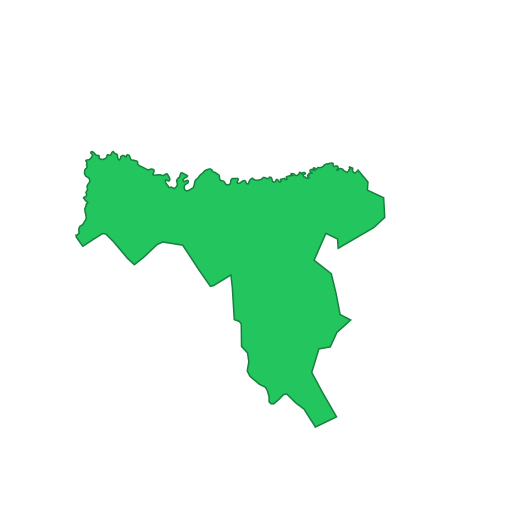 the district of Ani, Shirak, Armenia, rotated 56°
{"feature_id": "60910142B64012193022173", "entity_name": "Ani", "entity_type": "district", "adm_level": 2, "iso_a3": "ARM", "parent_name": "Armenia", "parent_adm1": "Shirak", "projection": "equal_earth", "projection_center": [43.671, 40.552], "detail": "fine", "context": "isolated", "style": "filled", "palette": "green", "viewbox_px": 512, "rotation_deg": 56, "n_neighbors": 0, "source": "geoboundaries", "source_scale": "gbopen_adm2", "svg_char_len": 6015}
<svg xmlns="http://www.w3.org/2000/svg" viewBox="0 0 512 512"><g transform="rotate(56 256 256)"><path d="M241.8,123.4L242.3,124.8L242.5,126.0L242.5,127.3L241.8,128.2L240.0,128.4L238.8,128.2L238.2,127.3L237.6,126.9L237.3,126.7L234.5,128.6L234.9,129.2L235.9,129.2L236.2,129.2L236.4,129.9L236.4,130.8L237.2,131.4L237.3,131.8L237.4,132.6L237.7,133.6L236.2,134.6L234.5,135.4L232.5,135.6L231.4,136.4L230.4,137.3L230.4,139.4L230.4,139.7L230.6,140.7L230.1,140.8L229.6,139.9L229.3,139.5L228.7,138.5L227.7,138.2L226.7,138.3L226.4,139.0L225.8,139.8L225.7,140.4L225.6,140.7L225.4,141.3L224.4,141.6L223.5,141.2L222.8,140.4L221.8,140.6L221.4,141.1L221.0,142.0L220.2,143.3L220.2,144.0L219.8,145.0L219.0,146.1L218.9,147.7L218.7,148.6L219.3,149.9L219.3,150.8L219.4,151.5L219.0,152.3L218.5,153.7L217.2,155.3L217.4,156.0L217.8,156.8L217.7,157.6L217.1,157.8L216.0,158.0L215.3,158.6L215.3,159.5L216.0,159.6L217.8,159.6L217.2,160.3L215.5,161.2L215.0,162.3L215.4,163.6L216.2,163.9L217.3,163.7L218.4,163.3L218.2,163.8L217.9,164.7L217.2,165.8L217.7,166.9L218.5,167.0L217.9,167.9L218.4,168.6L219.6,168.7L220.7,168.2L220.6,169.7L219.6,170.7L218.2,171.0L217.0,171.9L215.6,171.9L215.3,171.5L215.2,171.4L215.4,169.2L215.1,168.7L213.8,169.2L213.1,170.4L213.1,171.2L213.6,172.1L213.1,172.4L212.0,172.3L211.2,172.7L211.3,173.7L212.2,174.8L212.2,175.5L212.1,176.2L212.1,176.4L212.0,177.5L211.4,178.1L209.0,178.8L208.1,179.8L207.4,180.6L207.8,181.4L208.8,181.1L209.6,180.9L209.1,182.0L208.4,183.1L207.8,184.7L207.4,186.6L208.3,187.0L209.4,187.2L209.7,188.2L209.3,188.9L207.6,188.9L207.3,189.7L206.8,191.5L206.2,192.5L206.4,193.0L208.0,193.3L208.1,194.4L207.7,195.4L207.1,195.3L205.9,195.1L204.3,195.8L204.0,196.1L204.0,196.6L205.0,197.7L205.2,198.4L205.1,199.5L203.9,200.4L202.9,200.4L202.0,200.1L200.5,199.6L200.4,199.6L199.4,199.5L198.2,200.6L198.6,202.0L198.3,203.4L196.9,204.2L196.4,204.5L195.9,204.8L194.9,206.2L195.2,207.3L195.4,208.9L195.0,210.3L194.3,211.9L192.9,214.0L191.6,214.8L189.4,215.5L189.4,217.8L190.0,219.3L190.7,220.5L191.4,221.2L191.9,222.3L190.8,223.3L189.6,223.2L189.2,223.1L188.4,222.9L187.3,223.0L186.6,224.2L186.4,225.0L186.4,226.6L186.5,228.5L185.7,230.4L184.6,230.7L183.7,229.3L182.3,227.7L181.3,228.0L181.1,228.1L180.7,229.1L179.6,230.6L178.7,232.1L178.5,233.2L179.3,234.6L180.7,235.8L181.8,237.2L181.5,239.2L180.3,240.8L178.4,240.9L176.5,240.8L175.3,241.4L174.2,242.7L172.4,243.2L172.2,243.1L171.1,242.8L169.4,241.7L168.0,241.5L166.7,242.1L165.5,242.5L163.9,243.1L162.4,244.3L161.1,244.8L160.5,244.5L159.7,244.5L158.4,245.1L157.5,246.6L157.0,248.6L156.7,250.2L156.7,251.2L157.4,253.5L157.5,255.5L157.9,258.0L158.9,260.5L159.1,263.0L159.8,264.7L161.3,266.3L163.0,268.0L163.8,269.1L164.3,269.8L164.1,272.8L163.9,275.4L163.2,277.3L161.9,277.8L161.2,278.0L159.3,277.5L157.8,276.1L157.2,274.5L157.4,271.9L157.0,270.9L155.4,270.1L154.7,270.8L154.4,272.1L154.1,273.9L154.1,274.1L152.9,274.4L151.9,273.9L151.7,272.9L151.6,270.7L151.8,268.9L151.6,268.6L151.4,268.0L150.7,268.2L150.4,268.2L148.1,269.5L145.8,270.7L145.2,271.7L145.8,272.7L146.7,273.9L146.9,274.1L147.9,275.6L147.8,276.6L148.4,278.5L149.2,279.8L150.9,280.3L152.5,281.0L153.4,282.0L154.1,283.6L154.4,286.1L153.3,286.8L151.7,287.4L150.9,289.2L150.3,289.9L149.2,289.8L148.7,289.7L147.1,289.9L145.1,289.9L144.0,289.6L143.6,289.5L142.5,288.6L142.6,287.9L143.7,287.5L145.0,286.5L145.2,286.3L144.7,284.8L143.3,284.1L141.7,283.9L140.7,283.8L139.2,283.7L138.0,283.8L137.5,285.3L137.6,287.3L136.8,288.8L135.4,289.7L134.2,291.3L133.1,293.4L132.5,294.5L131.7,295.6L130.7,296.0L130.2,295.3L129.8,294.3L128.5,292.9L127.2,292.5L126.3,293.1L125.2,294.2L124.9,295.5L124.7,296.2L124.6,296.8L123.2,298.1L122.6,298.4L121.9,298.8L119.3,300.1L116.8,301.8L116.7,301.8L114.0,302.9L113.3,302.5L112.9,302.2L111.5,301.5L110.6,301.8L108.5,303.5L107.4,304.9L106.2,305.8L104.2,305.5L102.2,304.8L101.0,305.2L100.2,306.0L100.1,307.0L101.1,308.1L100.6,309.1L99.2,309.2L98.3,309.9L97.9,311.2L98.0,312.6L98.6,313.1L99.1,313.6L99.8,315.0L99.9,315.9L99.1,316.1L97.9,316.0L96.6,315.4L95.4,314.8L94.8,314.5L94.1,314.3L92.6,315.3L91.3,315.8L89.6,315.9L89.4,316.8L89.8,318.1L90.8,319.4L91.1,320.4L90.2,321.4L89.2,322.1L89.2,323.2L89.7,323.6L90.2,324.1L90.9,325.1L90.9,326.6L90.1,329.6L88.2,331.0L86.8,331.4L85.8,330.3L85.3,330.1L84.4,330.4L83.8,331.4L83.1,332.1L82.3,332.3L81.7,332.4L80.4,332.5L78.4,333.0L77.6,333.7L77.6,335.0L78.4,335.4L79.7,335.0L81.2,335.3L81.3,335.4L81.7,336.2L82.5,338.1L82.9,339.5L82.6,340.7L82.5,341.2L81.7,342.9L81.7,343.7L82.1,343.9L82.3,343.9L83.7,343.9L84.7,344.3L85.6,345.6L87.1,345.9L88.2,346.6L88.4,347.5L88.5,348.9L89.0,349.9L89.9,350.6L91.1,351.8L92.4,352.2L94.4,352.5L95.4,352.1L96.8,351.5L98.3,350.9L99.7,351.4L101.2,351.9L101.9,353.4L102.8,355.7L103.9,357.3L105.6,357.9L106.8,358.6L107.4,359.8L108.0,361.1L108.2,361.5L108.6,361.6L109.4,361.8L110.9,362.4L111.4,363.3L111.4,364.7L111.3,365.1L111.1,365.9L111.4,366.5L112.3,366.5L112.6,366.4L114.4,366.4L116.2,366.0L117.3,365.5L117.9,366.0L118.0,367.4L118.5,368.2L119.6,369.1L120.2,370.1L121.0,371.4L122.5,372.3L124.3,373.2L126.7,374.0L128.5,374.9L130.5,376.3L130.9,377.4L131.5,378.8L132.7,381.1L133.0,382.9L133.0,385.7L133.6,386.5L134.3,387.6L135.7,388.5L137.1,389.5L138.2,390.0L138.4,390.7L138.5,391.6L138.5,392.8L138.1,393.7L139.9,394.4L151.1,394.2L151.3,380.9L151.6,370.8L153.5,368.3L163.9,366.2L186.4,363.8L195.2,361.7L194.3,350.0L191.2,331.5L192.3,325.4L206.1,310.7L236.3,311.1L255.6,310.8L256.8,308.0L257.7,287.4L269.0,293.3L296.6,309.6L301.0,306.4L304.2,306.3L322.9,318.6L331.7,317.2L339.8,321.2L346.3,327.5L352.4,328.3L364.4,324.9L370.0,321.6L374.0,321.9L380.1,323.9L384.1,326.7L386.9,326.2L388.5,323.8L387.6,316.5L386.3,310.9L387.5,307.7L400.3,305.1L409.9,301.8L418.8,302.1L430.9,302.3L430.9,303.3L434.4,279.2L405.4,277.1L383.7,274.9L368.2,255.8L372.9,245.3L364.6,231.7L362.0,213.3L351.6,219.0L331.4,210.4L312.8,203.5L292.0,210.2L276.3,185.4L287.5,178.9L295.6,183.6L298.3,142.5L296.0,127.7L279.1,117.6L263.7,126.8L257.2,121.8L252.4,122.3L241.8,123.4Z" fill="#22c55e" stroke="#15803d" stroke-width="1.5"/></g></svg>